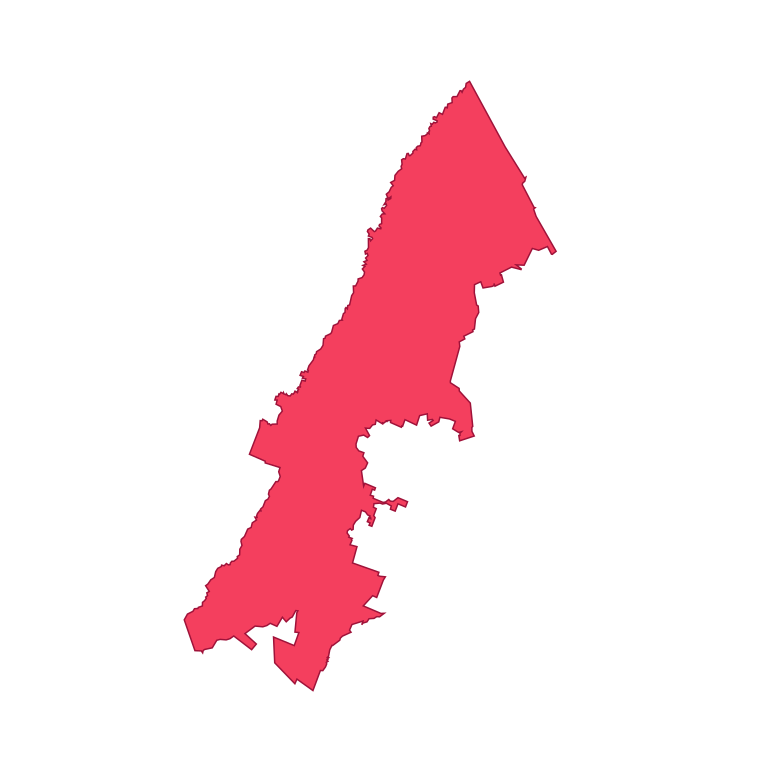 Tapachula, Chiapas, Mexico, rotated 195°
{"feature_id": "50627088B38747904305717", "entity_name": "Tapachula", "entity_type": "district", "adm_level": 2, "iso_a3": "MEX", "parent_name": "Mexico", "parent_adm1": "Chiapas", "projection": "natural_earth1", "projection_center": [-92.282, 14.927], "detail": "fine", "context": "isolated", "style": "filled", "palette": "rose", "viewbox_px": 768, "rotation_deg": 195, "n_neighbors": 0, "source": "geoboundaries", "source_scale": "gbopen_adm2", "svg_char_len": 6139}
<svg xmlns="http://www.w3.org/2000/svg" viewBox="0 0 768 768"><g transform="rotate(195 384 384)"><path d="M494.1,316.6L492.8,309.6L495.8,281.3L478.8,278.7L478.3,277.0L462.8,276.4L463.0,272.0L460.3,267.8L460.8,263.4L461.3,262.2L463.2,261.7L465.9,253.5L467.2,251.7L467.1,247.7L465.6,245.9L466.3,242.8L468.4,240.6L469.1,234.0L470.8,231.3L470.6,230.1L469.3,229.2L471.1,229.9L472.7,226.2L472.9,223.8L472.1,222.3L474.2,222.0L472.0,219.6L475.3,215.8L475.2,211.0L478.1,208.6L479.3,200.6L481.6,197.0L481.4,194.9L479.4,191.3L480.5,187.1L479.2,181.6L481.1,179.3L480.3,177.8L483.2,173.9L485.1,173.4L486.1,171.2L485.9,169.7L487.4,169.0L489.8,169.8L491.3,167.1L494.0,167.0L493.9,165.6L496.9,162.9L498.0,159.2L497.8,153.2L500.6,150.1L502.4,145.1L504.1,143.0L499.1,138.4L501.1,136.4L499.7,133.9L501.1,132.0L500.2,131.0L501.2,128.3L502.8,126.1L502.0,122.6L505.5,120.2L505.7,119.0L508.9,117.9L509.7,115.0L514.3,110.9L515.9,104.5L497.6,77.5L491.4,78.9L489.6,77.4L489.7,79.8L488.5,81.2L481.6,84.7L479.2,93.2L476.2,94.9L470.2,96.0L466.9,98.1L463.9,101.7L443.1,93.1L440.0,99.8L453.7,106.9L445.9,116.8L438.2,118.1L434.6,120.4L432.0,123.4L424.7,122.2L421.8,132.4L416.9,129.0L414.1,133.6L412.3,135.2L410.6,142.3L408.5,142.6L409.0,140.3L405.8,121.3L401.9,121.9L403.0,108.1L425.2,111.0L417.4,86.4L392.5,71.4L391.7,76.4L373.3,69.5L371.3,90.8L368.9,91.3L367.3,95.6L366.9,98.8L367.7,100.2L366.4,101.5L367.4,101.9L366.8,103.1L367.8,103.4L366.5,105.3L367.9,105.4L367.1,106.5L367.6,113.2L366.6,118.1L365.9,118.1L360.4,125.1L360.4,127.2L358.9,129.7L351.6,135.7L353.6,137.3L352.7,143.4L342.9,149.6L343.2,145.7L342.4,147.7L338.9,149.8L337.7,153.4L333.0,155.0L330.8,157.4L328.0,158.0L324.4,162.6L327.6,161.6L346.6,164.3L340.2,176.6L335.8,175.9L333.9,194.4L332.8,198.1L338.4,197.2L340.4,197.5L340.2,200.8L368.1,203.0L368.0,219.9L375.2,219.9L374.5,224.8L375.4,225.6L374.8,226.6L378.4,226.9L378.2,228.2L381.1,230.6L381.3,232.9L379.2,235.6L377.4,234.5L376.2,235.6L377.1,239.8L375.9,243.9L372.8,248.8L373.1,256.2L368.8,255.7L365.9,253.3L363.5,253.0L363.7,251.7L362.5,251.7L361.9,250.4L364.0,250.6L364.5,246.7L361.5,246.2L361.9,243.7L358.9,243.4L358.0,252.6L359.9,254.2L359.2,261.6L362.3,262.2L362.7,265.8L357.1,267.9L354.3,267.7L350.9,269.4L345.4,268.1L345.4,264.7L340.3,264.1L339.5,271.9L331.4,270.8L330.8,276.4L341.1,277.8L344.7,273.0L347.6,272.5L349.5,273.7L352.0,270.4L354.3,269.4L364.9,270.8L365.1,272.9L368.5,273.0L368.1,279.3L365.6,279.1L365.4,281.5L376.8,283.1L377.2,280.0L383.4,294.5L380.3,298.0L379.4,303.6L385.8,308.7L385.6,312.4L391.1,312.9L394.4,315.5L395.5,318.8L395.2,326.9L390.4,329.4L386.0,328.1L384.6,330.4L390.5,336.6L386.3,337.4L384.5,341.5L382.0,342.8L382.3,347.2L375.0,345.1L375.2,346.2L374.2,346.1L372.2,348.7L370.8,348.4L371.9,349.2L368.0,350.6L367.7,348.5L356.1,346.7L355.9,348.1L355.1,348.0L354.5,355.0L341.9,352.7L341.4,362.7L334.5,366.4L332.5,360.3L328.1,362.3L327.1,361.5L330.4,357.9L327.6,355.5L321.3,361.6L321.4,366.3L311.7,367.2L305.4,366.4L306.1,358.5L299.3,356.5L296.9,357.9L297.9,356.1L297.3,354.0L298.4,353.6L296.2,348.7L283.4,357.1L286.8,361.0L287.9,364.8L287.3,366.0L295.7,387.9L309.4,396.7L310.3,399.2L320.2,402.4L320.7,404.0L320.5,439.9L322.2,444.2L317.6,448.5L319.3,450.8L311.6,457.6L312.4,459.1L310.9,460.5L312.5,470.8L311.0,477.6L313.2,483.7L315.0,484.3L320.4,495.5L322.3,503.4L317.0,507.8L313.2,502.4L304.9,506.2L303.2,507.6L303.7,509.6L302.1,507.2L295.0,513.3L298.8,519.8L299.5,519.2L300.8,521.2L291.1,529.9L281.3,530.0L281.2,530.7L287.2,533.3L279.4,535.0L275.8,553.3L269.2,553.2L261.7,559.1L255.9,552.8L255.0,552.8L252.1,556.7L280.4,585.2L284.8,591.7L283.6,593.4L284.8,593.4L302.0,612.2L302.1,613.8L300.5,616.3L300.5,620.5L301.6,619.3L328.3,644.3L379.7,698.5L382.4,695.6L382.0,691.6L383.6,689.3L384.1,686.0L385.5,687.3L386.5,687.0L387.9,680.5L391.6,679.5L392.4,677.8L391.0,673.5L394.9,670.8L394.2,666.4L394.8,667.7L396.5,667.1L397.3,659.6L401.0,660.3L402.2,654.9L404.4,655.3L405.5,654.5L405.1,652.6L400.8,652.0L400.5,650.8L402.1,649.4L403.6,649.7L404.7,647.3L406.2,647.6L405.0,645.3L406.2,644.6L406.8,642.5L405.5,640.3L406.0,639.3L405.2,637.4L407.1,637.8L407.1,636.4L408.7,634.5L411.7,633.1L410.0,627.6L410.7,626.5L410.6,623.6L413.0,622.4L414.0,620.8L413.1,618.7L414.8,618.8L416.3,616.1L415.8,614.6L417.8,611.4L418.7,611.1L420.2,613.0L421.4,612.5L421.6,606.9L423.7,606.6L425.0,605.1L423.4,600.9L423.8,598.6L422.6,596.5L425.3,593.2L427.4,588.4L426.5,583.4L429.7,580.4L426.4,577.9L427.9,575.8L428.8,571.0L430.9,567.9L428.5,564.9L427.2,564.9L425.8,566.6L425.5,564.9L427.7,562.8L428.8,564.5L430.0,563.6L429.4,560.6L430.4,557.3L428.6,558.5L427.7,557.2L429.2,553.8L431.2,554.0L431.7,552.6L430.6,550.7L427.3,548.6L429.7,547.8L430.9,544.9L429.3,543.9L427.8,538.3L429.6,536.9L429.7,535.5L427.3,534.0L427.3,533.1L430.7,532.9L431.8,529.5L432.8,528.7L437.3,531.1L439.4,528.7L439.5,527.0L437.1,525.0L437.4,522.9L433.4,522.5L432.6,521.4L434.0,518.8L435.1,520.6L436.7,520.4L434.3,511.7L434.9,509.0L436.8,507.3L435.5,504.7L433.9,505.8L432.7,503.9L434.4,500.9L432.3,499.0L435.1,496.9L432.1,495.1L435.1,493.1L432.9,492.6L434.7,489.5L431.8,487.1L431.5,484.4L432.7,481.1L436.2,478.8L435.7,476.6L436.8,471.4L439.0,470.7L437.0,464.3L438.1,461.0L437.7,451.5L439.3,450.4L438.8,447.1L440.5,448.0L441.0,447.0L440.2,442.9L441.4,441.5L441.5,435.6L440.8,434.9L443.6,433.8L444.2,430.4L448.0,427.4L448.0,420.4L448.6,418.8L452.9,415.1L452.7,413.1L454.1,412.1L452.9,405.6L454.2,401.4L457.5,397.8L457.3,395.7L458.5,394.1L457.9,391.9L458.5,391.9L458.5,389.0L461.2,382.2L461.5,377.7L460.6,377.5L460.6,375.7L463.8,376.1L464.2,374.4L466.8,374.5L467.3,370.6L463.8,370.4L464.3,368.5L460.9,368.7L460.9,366.4L464.3,366.4L464.8,360.9L464.3,359.6L463.3,359.6L465.9,359.0L466.6,357.1L465.1,356.8L465.8,354.6L465.2,354.2L465.4,353.2L468.7,354.3L467.9,353.5L469.1,350.7L470.5,350.7L471.5,348.2L473.9,347.8L475.8,349.3L476.0,348.3L478.0,348.5L478.9,349.7L479.0,348.7L481.4,349.3L482.2,347.0L482.9,347.2L483.0,344.6L485.1,344.1L485.3,340.3L483.0,340.8L483.0,336.5L477.9,335.5L475.2,331.5L477.4,326.8L477.6,320.6L476.8,317.7L481.7,316.2L482.6,314.7L484.4,315.9L485.7,315.3L487.1,317.2L492.0,318.6L492.3,316.9L494.1,316.6Z" fill="#f43f5e" stroke="#9f1239" stroke-width="1.5"/></g></svg>